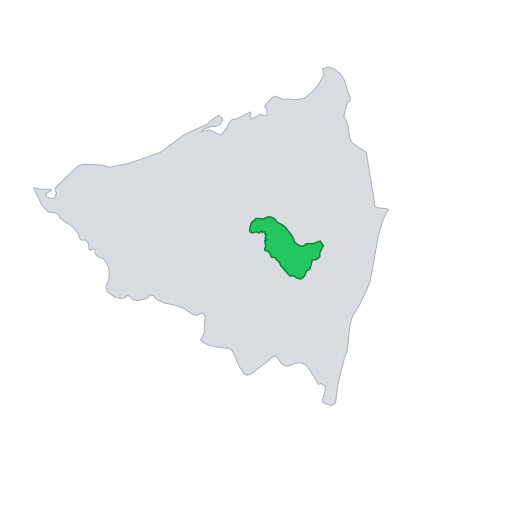 Boaco highlighted on a map of Nicaragua, rotated 241°
{"feature_id": "NIC-668", "entity_name": "Boaco", "entity_type": "Department", "adm_level": 1, "iso_a3": "NIC", "parent_name": "Nicaragua", "parent_adm1": "", "projection": "mercator", "projection_center": [-85.423, 12.417], "detail": "fine", "context": "in_parent", "style": "filled", "palette": "green", "viewbox_px": 512, "rotation_deg": 241, "n_neighbors": 0, "source": "natural_earth", "source_scale": "10m", "svg_char_len": 4315}
<svg xmlns="http://www.w3.org/2000/svg" viewBox="0 0 512 512"><g transform="rotate(241 256 256)"><path d="M423.4,94.5L421.4,97.3L419.1,99.2L414.3,108.3L412.7,109.2L412.4,102.4L409.6,101.5L406.2,103.9L404.4,107.4L407.3,111.9L409.8,112.0L412.9,113.2L421.2,144.6L419.4,150.2L414.3,158.9L409.4,166.3L404.5,170.9L398.5,190.6L393.0,222.5L396.9,251.2L394.9,277.6L396.7,283.9L397.2,291.7L393.2,293.1L390.9,292.8L388.6,288.1L388.8,283.9L391.2,278.9L392.2,272.3L391.1,268.8L388.7,276.4L384.5,279.8L381.8,281.0L379.1,284.8L382.0,292.1L385.6,297.3L386.8,301.1L385.4,305.7L384.6,321.1L383.3,320.7L382.0,318.6L378.2,318.4L377.7,324.6L378.0,328.1L374.8,330.8L373.6,333.5L376.3,335.4L379.2,336.5L382.8,336.2L385.8,343.9L386.7,350.1L379.8,355.8L377.5,360.5L373.6,366.3L371.4,371.9L370.7,376.0L373.4,388.8L378.1,397.9L382.1,403.7L387.5,404.9L386.2,411.0L382.2,414.8L374.9,418.0L366.9,418.6L353.8,415.6L348.4,415.2L346.3,413.6L345.7,410.6L341.9,406.2L335.1,400.2L331.1,400.6L324.6,399.3L313.9,395.2L308.9,394.7L301.7,398.2L293.4,402.8L273.4,395.6L259.4,390.6L246.7,386.1L243.4,384.3L240.6,384.7L238.2,387.1L235.5,391.3L234.6,392.5L233.1,393.6L231.5,394.0L231.4,392.0L225.2,383.6L215.4,373.6L177.7,342.8L163.9,324.3L156.4,311.0L149.4,304.1L129.0,290.0L124.3,284.3L104.2,265.4L88.8,254.3L88.6,249.5L94.9,243.6L98.0,243.9L101.4,248.1L106.8,252.9L109.4,253.0L113.2,250.7L113.3,248.5L133.9,247.6L137.6,246.3L141.4,242.8L143.3,238.0L143.6,233.3L144.4,229.9L147.7,226.6L153.7,225.6L158.4,225.3L159.8,223.0L158.4,215.9L155.9,198.5L155.3,193.6L156.2,190.0L158.1,188.7L167.2,187.8L184.5,189.3L187.9,188.2L194.8,178.3L201.3,171.0L205.9,167.8L209.5,166.8L213.7,173.2L228.3,182.5L230.8,181.9L232.2,181.4L232.7,180.1L232.5,175.8L236.1,171.9L243.7,168.5L251.3,162.3L259.0,153.5L265.6,148.3L271.2,146.8L273.4,144.3L272.0,141.1L272.5,136.4L274.7,130.4L278.0,126.9L282.3,126.0L284.0,124.1L283.1,121.2L283.9,118.1L287.8,113.0L297.1,108.6L302.4,110.1L306.8,116.0L313.0,120.0L321.0,122.1L327.3,121.3L331.7,117.6L335.7,116.5L339.2,118.0L341.1,117.1L341.3,114.0L343.2,113.3L346.6,115.0L349.7,115.4L352.4,114.6L353.5,113.1L354.0,111.6L356.0,110.4L363.0,111.5L370.8,109.8L379.4,105.0L385.1,102.9L388.0,103.5L391.3,101.1L395.3,95.7L404.3,93.4L423.4,94.5Z" fill="#d9dde1" stroke="#a8b0b8" stroke-width="1"/><path d="M256.5,266.5L256.9,266.6L257.6,266.8L258.3,267.4L258.9,268.1L259.2,268.9L259.7,269.1L262.1,270.0L263.5,270.7L264.7,270.8L265.3,271.2L265.2,271.4L264.8,273.4L265.3,273.4L266.5,272.5L267.4,272.7L269.7,275.3L270.2,275.4L270.4,274.7L270.7,274.4L271.3,274.6L272.0,275.1L272.4,275.4L272.9,275.4L273.2,274.9L273.4,274.3L273.5,273.6L273.4,272.8L274.7,273.2L275.3,272.6L275.2,271.5L274.4,270.2L275.4,269.3L275.7,269.2L275.6,268.9L276.2,268.5L276.8,268.1L277.0,268.1L277.3,267.0L277.6,264.9L278.0,264.0L279.4,262.7L280.8,262.6L282.2,263.4L284.3,265.0L284.7,265.2L285.3,266.1L285.9,266.5L286.4,266.9L286.8,267.4L287.5,268.6L287.8,269.6L287.9,271.0L287.7,272.2L287.7,272.5L287.8,272.8L288.7,273.2L289.0,273.6L288.1,275.5L285.3,279.7L285.0,280.3L284.8,280.9L284.7,281.7L284.7,284.5L284.4,285.4L284.1,286.2L282.8,287.8L282.0,288.6L280.9,289.5L278.7,290.5L277.7,290.7L277.2,290.7L276.5,290.6L275.7,290.8L274.6,291.3L270.2,294.3L269.3,294.8L266.3,295.8L262.3,296.3L257.0,297.2L253.8,297.1L251.6,297.0L249.8,296.7L249.0,296.7L247.9,297.0L245.1,298.4L243.2,299.8L242.8,300.2L242.3,301.0L242.1,301.3L242.0,301.8L242.0,303.7L242.2,305.0L242.2,305.6L242.0,306.1L240.5,309.5L240.4,309.8L239.6,311.0L239.2,311.8L238.0,319.4L232.4,319.8L228.5,314.2L226.4,312.4L225.2,312.0L224.6,311.5L224.2,311.0L224.1,310.5L224.0,309.3L223.5,307.8L223.9,305.8L225.1,303.9L225.3,303.4L225.1,303.2L218.6,297.0L218.4,296.6L218.3,296.1L218.3,294.8L218.4,293.3L218.3,292.9L218.1,292.4L216.2,290.4L215.3,289.1L214.8,288.3L214.4,287.2L214.1,284.6L214.6,283.3L216.8,281.3L217.2,281.0L220.7,279.0L222.0,276.2L223.2,275.6L236.1,272.9L237.1,273.2L238.3,273.4L238.7,273.6L238.9,273.6L239.2,273.5L240.1,272.7L241.0,272.6L242.5,272.3L243.2,271.9L243.5,271.9L245.0,271.9L245.4,271.8L245.7,271.7L245.9,271.4L246.9,269.4L247.0,269.3L247.1,269.2L247.3,269.1L247.6,269.0L252.3,269.3L253.1,269.2L253.5,269.1L253.6,268.9L253.9,268.7L254.5,268.5L254.8,268.3L255.1,268.1L255.3,268.0L255.5,267.7L255.7,267.3L255.8,267.0L255.9,266.9L256.5,266.5Z" fill="#22c55e" stroke="#15803d" stroke-width="1.5"/></g></svg>